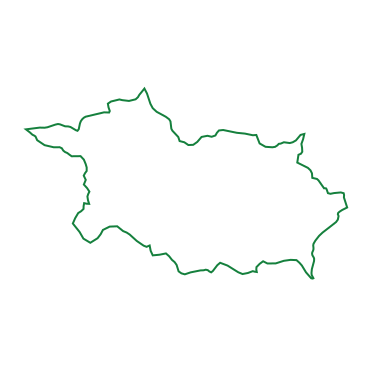 the border of Louangphrabang, rotated 77°
{"feature_id": "LAO-3289", "entity_name": "Louangphrabang", "entity_type": "Province", "adm_level": 1, "iso_a3": "LAO", "parent_name": "Laos", "parent_adm1": "", "projection": "albers", "projection_center": [102.548, 20.095], "detail": "fine", "context": "isolated", "style": "outline", "palette": "green", "viewbox_px": 384, "rotation_deg": 77, "n_neighbors": 0, "source": "natural_earth", "source_scale": "10m", "svg_char_len": 2742}
<svg xmlns="http://www.w3.org/2000/svg" viewBox="0 0 384 384"><g transform="rotate(77 192 192)"><path d="M242.0,44.3L243.3,49.7L244.2,52.2L244.8,53.5L245.4,54.4L246.5,54.9L248.4,54.6L251.7,56.1L253.7,58.4L256.7,64.8L260.9,73.9L263.3,78.0L267.1,82.7L269.1,84.6L269.9,85.3L271.3,85.9L273.7,86.2L275.0,86.5L276.2,87.1L277.9,88.4L279.2,88.9L280.8,88.9L281.7,88.6L283.3,88.1L284.5,88.0L286.7,88.6L294.2,92.6L297.8,93.8L299.3,94.0L300.0,94.0L303.3,93.1L303.5,93.8L303.2,94.6L302.8,95.3L295.9,99.0L288.3,101.5L285.0,103.3L281.9,105.5L280.3,111.2L279.7,118.0L280.4,126.5L278.6,134.6L275.5,138.3L277.2,142.2L279.7,146.1L282.1,146.8L284.5,146.9L283.7,148.9L282.8,150.6L283.5,155.8L283.3,161.2L280.6,165.0L271.7,173.9L267.3,180.5L269.0,183.8L273.7,189.5L274.6,191.4L273.3,193.0L271.7,194.2L270.8,196.1L270.9,198.2L270.3,201.4L270.0,211.4L270.6,217.5L268.9,220.6L266.3,222.9L259.6,223.4L256.4,224.7L253.6,226.8L249.5,228.7L246.0,231.2L245.8,237.8L244.9,244.5L240.0,245.5L234.6,245.3L235.2,248.6L233.4,251.2L227.3,256.8L219.4,262.3L216.8,264.8L214.6,267.9L208.6,272.6L207.2,280.0L208.9,287.3L212.6,290.5L215.8,294.4L218.6,302.5L213.0,308.3L205.7,310.5L195.9,315.2L191.2,311.7L186.9,307.6L185.8,304.4L184.1,301.5L181.4,300.8L178.6,299.6L179.7,297.3L180.4,294.9L176.6,295.2L172.8,294.9L170.5,293.5L168.6,291.9L164.7,293.3L160.4,295.7L156.3,292.8L151.7,293.8L149.6,292.0L147.8,289.9L144.4,289.1L140.9,289.3L136.1,290.1L132.0,292.5L130.1,301.2L128.1,303.0L126.0,304.7L124.5,306.7L122.7,308.1L120.1,309.0L118.6,310.9L117.3,316.7L113.2,325.1L106.7,331.2L102.7,332.0L101.5,333.1L100.3,334.6L97.4,336.6L93.6,339.7L95.0,325.9L96.2,321.2L96.4,318.3L95.6,310.0L95.6,307.3L96.4,305.4L99.5,300.8L100.2,298.0L101.3,295.8L105.7,291.2L106.6,289.8L105.3,288.2L100.1,285.8L98.0,284.4L96.4,282.6L95.3,280.7L94.7,278.7L94.6,259.8L95.9,254.9L94.6,253.9L90.8,254.3L87.0,254.1L85.6,250.5L85.5,241.9L86.8,239.3L89.1,232.9L89.0,226.1L87.5,223.4L85.4,221.4L83.5,218.9L80.5,215.1L85.9,213.7L96.7,212.7L101.5,211.4L105.9,208.4L112.8,200.6L116.0,197.9L118.4,197.1L125.7,197.9L127.9,197.3L135.3,193.0L139.6,192.6L141.8,188.3L145.4,185.0L146.3,180.2L144.4,175.6L140.5,170.3L140.7,164.3L142.6,160.4L142.2,156.5L139.9,154.4L138.1,151.9L138.6,147.7L144.4,135.0L147.0,127.3L150.4,119.9L150.9,116.5L159.9,115.2L164.5,110.2L166.5,103.6L166.7,100.9L165.8,98.4L164.6,96.6L164.8,94.7L164.2,91.3L166.3,85.7L166.2,82.7L165.1,79.1L160.8,73.4L160.7,69.5L165.6,71.9L169.8,74.6L173.7,74.8L177.6,75.5L179.2,77.2L179.7,79.9L187.0,82.8L194.6,73.6L197.5,71.7L200.8,70.9L205.3,71.6L207.4,67.3L209.2,66.1L218.1,62.5L218.2,61.7L218.7,60.5L219.9,60.2L223.7,59.8L224.9,57.5L225.0,53.8L225.9,47.1L227.3,44.5L229.2,44.5L231.4,45.2L242.0,44.3L242.0,44.3Z" fill="none" stroke="#15803d" stroke-width="2"/></g></svg>